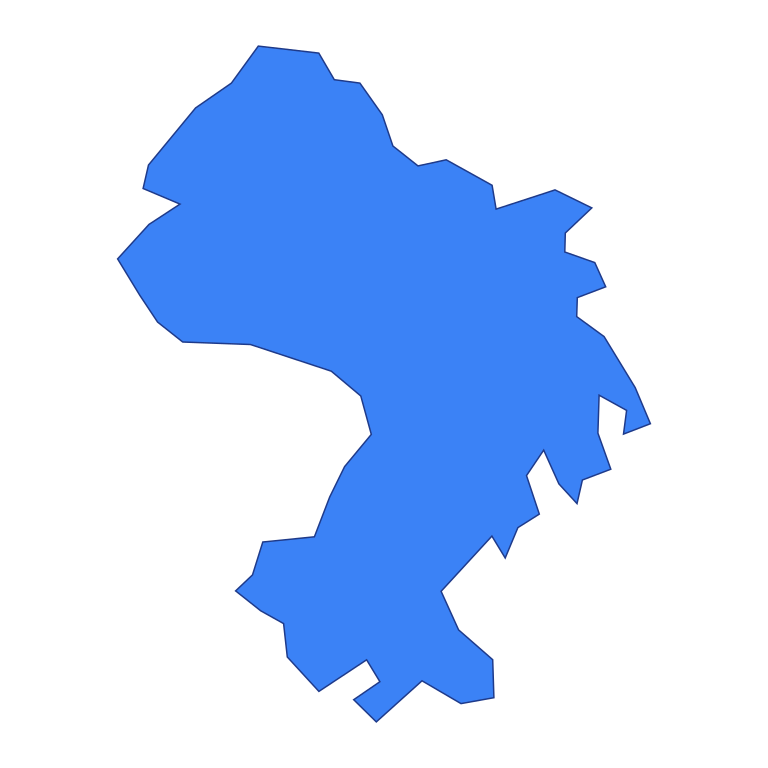 outline of Altinsay, Surkhandarya, Uzbekistan
{"feature_id": "79887680B9573461396891", "entity_name": "Altinsay", "entity_type": "district", "adm_level": 2, "iso_a3": "UZB", "parent_name": "Uzbekistan", "parent_adm1": "Surkhandarya", "projection": "albers", "projection_center": [67.734, 38.171], "detail": "fine", "context": "isolated", "style": "filled", "palette": "blue", "viewbox_px": 768, "rotation_deg": 0, "n_neighbors": 0, "source": "geoboundaries", "source_scale": "gbopen_adm2", "svg_char_len": 967}
<svg xmlns="http://www.w3.org/2000/svg" viewBox="0 0 768 768"><path d="M650.4,423.7L635.2,387.6L604.1,336.6L576.7,316.6L577.3,297.6L605.7,286.8L594.8,262.6L564.8,252.0L565.3,233.0L591.8,207.9L555.0,189.9L496.1,209.1L492.1,185.3L446.2,159.8L418.0,165.9L392.9,146.0L382.3,114.8L359.9,83.1L334.3,79.7L318.8,53.1L258.3,46.1L231.4,83.1L195.6,107.9L148.5,165.0L143.1,188.5L180.0,204.1L149.0,224.4L117.6,258.9L139.8,295.3L157.6,322.1L182.7,342.0L250.4,344.5L331.3,371.2L360.8,396.0L371.3,434.4L344.6,466.6L329.7,497.0L314.4,536.8L262.8,542.0L252.5,574.9L235.6,590.9L260.7,610.8L283.6,623.6L287.3,657.0L318.9,691.4L366.6,659.8L379.9,681.7L353.7,699.7L376.3,721.9L422.0,680.8L461.0,703.6L493.9,697.7L492.7,659.7L458.6,629.9L441.1,591.3L491.9,536.1L505.2,558.0L517.9,527.6L539.3,514.1L526.5,475.6L543.7,450.1L558.9,483.9L577.0,503.6L582.4,480.0L610.8,469.2L597.9,433.1L599.1,395.2L626.6,410.4L623.5,434.1L650.4,423.7Z" fill="#3b82f6" stroke="#1e3a8a" stroke-width="1.5"/></svg>